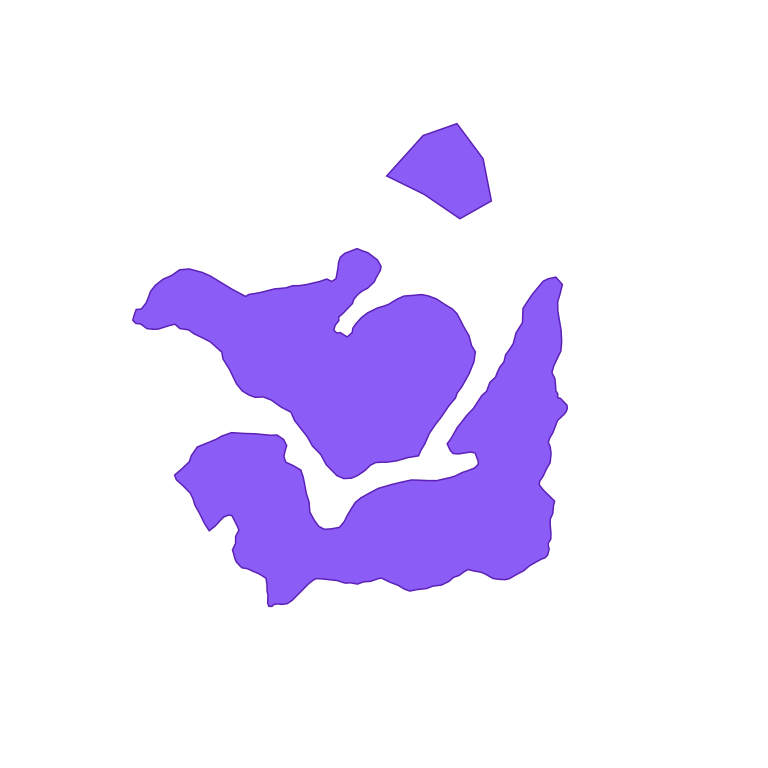 Värmdö, Stockholm, Sweden (Mercator projection), rotated 312°
{"feature_id": "70781695B62142289931887", "entity_name": "Värmdö", "entity_type": "district", "adm_level": 2, "iso_a3": "SWE", "parent_name": "Sweden", "parent_adm1": "Stockholm", "projection": "mercator", "projection_center": [18.505, 59.313], "detail": "fine", "context": "isolated", "style": "filled", "palette": "violet", "viewbox_px": 768, "rotation_deg": 312, "n_neighbors": 0, "source": "geoboundaries", "source_scale": "gbopen_adm2", "svg_char_len": 4349}
<svg xmlns="http://www.w3.org/2000/svg" viewBox="0 0 768 768"><g transform="rotate(312 384 384)"><path d="M158.0,352.3L165.6,353.6L172.9,353.6L178.2,354.0L182.4,356.1L184.5,358.9L182.4,364.5L179.9,370.8L178.2,374.0L171.5,375.7L166.3,380.3L159.3,382.4L157.2,385.9L154.7,389.7L153.0,393.2L152.6,396.7L152.3,401.3L155.4,406.2L157.2,412.1L159.3,418.1L160.7,426.2L156.5,431.4L151.9,435.6L149.4,439.1L143.5,444.0L141.7,447.2L143.8,449.6L146.3,449.6L149.4,452.1L151.9,455.6L156.1,459.1L161.7,460.5L184.8,461.6L191.3,462.7L194.3,464.1L198.7,469.7L203.2,476.0L206.6,480.7L210.0,488.3L213.8,492.1L217.6,498.2L223.2,501.1L228.3,506.0L236.0,510.3L238.0,511.9L240.7,521.1L243.8,529.1L245.2,536.3L247.4,541.7L253.0,545.9L255.5,548.0L260.4,552.5L266.3,555.4L273.0,561.2L280.6,564.3L286.7,565.0L292.0,567.9L298.5,569.3L302.4,570.6L305.0,575.6L309.1,582.1L310.7,587.0L312.4,595.1L315.8,600.2L319.6,604.9L323.2,607.4L331.5,610.1L338.9,612.8L346.1,613.7L352.8,615.9L358.6,617.9L362.7,620.0L366.5,620.0L371.7,617.3L375.0,612.8L380.4,611.7L384.9,607.8L391.2,601.1L394.8,598.0L400.8,596.0L407.1,591.3L411.1,589.2L411.8,573.5L412.9,566.8L415.8,564.8L422.1,563.9L429.5,561.6L436.7,560.1L444.1,554.7L448.6,549.5L450.6,545.1L454.9,543.3L460.7,542.1L464.7,540.6L468.3,539.2L473.0,537.4L482.4,538.1L485.4,537.9L488.7,536.5L490.7,534.1L491.4,524.9L490.1,522.0L493.0,519.7L493.9,516.3L497.2,513.0L502.3,507.5L504.8,501.2L511.1,498.0L526.8,493.4L534.2,487.8L542.3,479.8L554.5,464.4L561.2,458.1L568.9,454.5L577.3,450.0L578.4,440.2L572.1,435.6L566.8,433.5L550.3,434.2L541.9,435.3L533.2,436.7L522.3,445.8L510.4,447.9L505.8,450.3L500.2,453.1L493.2,454.2L486.9,454.9L480.6,458.4L473.9,458.8L468.3,460.5L463.8,462.3L456.1,461.6L447.3,465.1L441.0,464.4L425.6,466.8L415.4,466.5L407.7,467.2L401.0,467.5L388.4,470.3L381.8,471.0L379.0,477.7L378.6,481.9L381.8,486.1L385.3,488.9L391.6,494.1L393.7,498.0L389.8,505.4L387.4,507.8L382.1,507.5L375.1,504.0L370.9,501.5L362.9,498.3L358.3,495.5L352.0,491.0L347.4,487.8L341.8,481.5L335.2,473.5L331.0,468.6L323.3,463.0L314.5,457.0L302.6,449.6L294.2,446.5L284.0,443.0L276.7,441.9L268.6,443.3L261.6,444.7L255.3,446.5L247.6,446.8L240.9,441.6L236.0,436.7L234.6,430.7L236.0,423.7L239.2,414.6L246.2,407.2L250.7,399.5L256.3,392.2L260.5,386.6L264.4,379.9L262.6,371.1L260.2,363.4L263.0,358.2L267.9,355.4L273.1,352.9L275.6,346.6L274.5,338.6L270.0,334.0L260.9,321.7L253.2,312.6L245.8,303.2L236.7,298.3L230.4,296.2L219.5,290.9L212.2,287.4L201.7,288.8L196.1,291.3L185.9,290.6L176.2,289.3L173.9,293.7L173.9,303.0L173.3,312.8L171.2,318.3L167.3,324.9L164.6,333.1L160.2,344.1L158.0,352.3ZM322.3,153.5L314.1,149.7L304.2,148.0L296.5,148.6L291.1,150.8L285.0,153.0L277.4,153.5L273.5,150.0L267.5,152.5L263.3,154.6L263.0,159.1L265.8,163.0L266.5,170.7L270.3,176.0L273.8,179.5L277.4,181.6L283.3,185.1L288.6,188.6L288.6,195.2L293.5,202.6L294.2,209.3L297.0,218.7L299.1,226.8L299.1,242.2L294.9,247.5L291.4,259.7L287.9,268.1L285.4,274.4L284.0,283.2L285.4,290.9L287.9,297.2L293.5,302.8L296.6,310.9L298.0,323.1L300.8,333.7L297.0,342.1L293.5,362.0L290.0,372.5L289.3,384.1L285.4,395.0L284.4,410.4L286.8,417.4L292.1,422.7L298.0,425.5L306.1,427.6L314.8,428.3L320.1,430.4L324.3,434.6L328.2,438.8L335.2,444.7L345.3,451.0L353.7,457.7L359.0,455.9L366.4,454.5L377.9,450.7L388.4,449.3L398.2,448.6L411.2,446.8L421.4,446.5L426.3,444.4L434.0,443.7L442.0,441.9L449.1,440.2L460.6,436.0L469.0,430.4L471.1,423.4L476.7,415.0L480.2,404.1L482.7,397.8L485.1,391.1L485.5,384.8L483.7,375.4L482.3,365.9L479.2,358.2L475.7,352.2L470.1,347.0L462.7,340.0L456.4,337.2L452.2,335.8L447.0,334.4L442.0,331.9L436.4,328.4L425.9,324.2L418.2,322.8L409.8,322.8L404.6,323.5L401.0,325.9L394.4,325.2L393.7,321.7L393.0,317.2L390.2,314.7L390.5,310.5L395.1,308.4L400.7,308.1L403.5,305.6L409.8,306.3L422.8,306.7L426.6,304.9L432.9,304.6L438.5,305.6L444.1,307.7L453.6,308.4L457.8,307.0L465.9,305.3L469.4,303.2L471.8,296.2L470.8,284.2L468.3,278.3L466.6,273.4L461.7,270.9L454.7,267.4L449.1,266.7L444.1,268.8L439.6,272.0L434.7,275.1L430.1,277.9L425.2,276.5L423.8,271.3L416.8,267.4L411.9,263.9L406.7,260.4L400.7,255.5L395.8,250.3L389.8,246.8L381.4,239.0L368.8,230.6L360.0,223.6L356.5,222.6L352.9,208.3L350.7,196.8L348.0,182.5L345.3,174.3L339.2,162.3L332.1,155.7L322.3,153.5ZM617.7,306.9L626.3,264.0L594.8,246.8L540.4,246.8L551.8,286.9L557.6,329.8L591.9,341.3L617.7,306.9Z" fill="#8b5cf6" stroke="#5b21b6" stroke-width="1.5"/></g></svg>